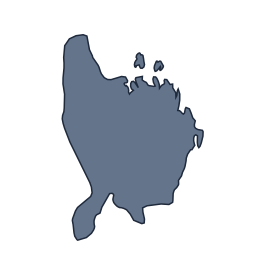 the border of Østfold, rotated 169°
{"feature_id": "NOR-924", "entity_name": "Østfold", "entity_type": "County", "adm_level": 1, "iso_a3": "NOR", "parent_name": "Norway", "parent_adm1": "", "projection": "mercator", "projection_center": [11.13, 59.345], "detail": "fine", "context": "isolated", "style": "filled", "palette": "slate", "viewbox_px": 256, "rotation_deg": 169, "n_neighbors": 0, "source": "natural_earth", "source_scale": "10m", "svg_char_len": 2952}
<svg xmlns="http://www.w3.org/2000/svg" viewBox="0 0 256 256"><g transform="rotate(169 128 128)"><path d="M198.8,27.5L199.5,28.3L200.9,31.9L201.0,35.3L200.3,43.7L200.3,47.7L199.7,49.5L195.4,56.6L192.7,59.6L177.7,67.9L175.6,71.2L175.2,77.1L175.9,81.8L187.7,125.3L190.3,139.9L190.8,144.9L190.8,149.5L189.8,152.8L187.8,156.3L186.8,159.7L183.8,173.3L183.4,183.7L182.2,189.5L179.4,199.0L178.4,203.9L177.7,209.4L174.4,220.9L168.5,226.7L161.4,228.5L154.2,228.1L150.8,226.1L150.9,212.2L149.2,205.6L149.2,204.0L145.4,195.3L144.9,193.4L144.3,188.5L143.8,186.2L141.7,181.9L138.8,179.5L135.4,178.7L124.5,179.8L120.7,178.5L119.4,174.5L119.9,173.1L120.8,172.7L122.8,172.8L123.4,172.1L122.9,170.6L122.0,169.5L121.6,170.0L120.8,169.0L120.3,167.9L120.1,166.3L120.2,164.5L120.5,163.7L120.6,162.9L120.1,161.0L119.0,162.0L115.5,164.0L117.1,165.7L117.5,168.4L116.8,171.2L115.5,172.8L113.7,172.8L112.4,171.0L110.2,165.6L111.3,171.5L111.5,174.6L110.6,175.9L104.0,175.9L104.9,172.5L103.4,170.8L101.3,169.2L100.2,166.3L99.3,165.6L94.7,163.9L93.3,164.0L94.3,167.9L94.2,171.3L93.1,173.3L91.1,172.8L90.2,171.2L89.4,168.1L89.0,164.5L89.5,161.0L87.4,163.0L86.2,163.7L85.0,164.0L83.8,164.6L83.5,166.0L83.5,167.6L82.7,168.7L80.7,168.1L78.4,162.7L75.8,162.6L76.4,158.9L74.4,153.4L75.1,149.0L73.9,150.5L72.5,155.1L71.3,156.7L70.7,151.4L71.9,145.5L73.9,139.9L75.8,135.7L74.1,135.2L72.9,133.6L71.9,131.9L70.9,131.1L69.7,132.0L68.0,136.1L67.1,137.1L64.1,135.1L63.2,130.6L62.5,125.6L60.6,122.2L62.1,118.9L62.5,116.6L61.8,114.9L59.8,113.2L55.4,111.5L55.0,110.0L56.0,105.7L58.9,99.4L60.8,96.3L62.2,95.2L62.9,97.2L62.7,100.6L61.3,107.1L62.8,108.4L64.3,107.7L65.4,105.7L66.0,102.8L65.9,99.0L65.7,98.4L69.4,94.5L70.3,94.7L70.7,94.7L74.4,91.0L76.5,87.4L77.3,84.6L79.3,79.6L80.4,77.5L83.0,74.0L84.6,70.8L88.4,67.0L89.0,63.3L89.3,62.6L91.5,60.3L94.2,58.5L95.1,57.2L96.2,55.0L97.8,48.2L98.4,46.5L102.4,45.1L110.0,47.1L124.2,48.0L128.9,46.8L129.4,42.6L129.2,35.5L130.2,31.7L132.7,31.5L140.0,36.3L142.2,43.0L145.0,48.0L147.5,49.9L149.6,51.0L151.4,51.5L152.7,52.4L154.0,53.7L155.5,56.1L156.2,57.6L156.5,59.6L156.4,61.0L154.8,64.9L155.4,66.4L156.1,66.9L158.6,67.1L168.8,55.2L171.7,49.8L175.4,48.8L176.6,47.8L177.8,45.9L179.0,43.5L179.4,41.5L179.6,39.6L179.5,37.9L180.1,36.2L181.3,34.4L184.0,31.6L189.7,28.4L198.8,27.5ZM108.3,186.5L108.9,186.2L109.7,186.9L109.6,189.0L108.8,191.0L107.6,192.5L106.2,193.7L106.0,194.5L106.5,195.9L105.6,197.9L103.8,199.2L102.5,199.5L101.9,199.0L101.7,198.2L101.4,197.3L100.5,197.3L99.5,196.4L99.5,193.5L99.7,190.2L99.7,187.1L100.8,184.9L102.7,183.9L104.3,184.4L104.9,186.1L104.9,187.6L105.7,187.8L108.3,187.5L108.2,186.9L108.3,186.5ZM90.5,178.4L90.8,179.5L90.9,181.9L90.1,184.1L87.5,188.0L86.8,188.2L86.5,187.3L85.9,187.0L84.4,187.6L83.2,187.3L82.8,186.3L82.4,185.0L81.4,182.1L81.8,181.1L82.9,179.8L84.3,178.7L85.4,178.4L85.7,179.1L85.4,180.1L84.7,180.7L84.4,181.5L84.5,182.2L86.2,180.6L89.0,178.6L90.5,178.4Z" fill="#64748b" stroke="#1e293b" stroke-width="1.5"/></g></svg>